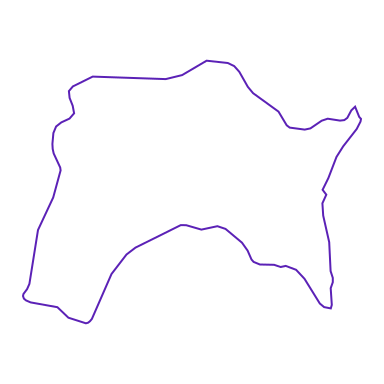 map outline of Medio Campidano (orthographic projection), rotated 180°
{"feature_id": "ITA-5372", "entity_name": "Medio Campidano", "entity_type": "Province", "adm_level": 1, "iso_a3": "ITA", "parent_name": "Italy", "parent_adm1": "", "projection": "orthographic", "projection_center": [8.697, 39.58], "detail": "fine", "context": "isolated", "style": "outline", "palette": "violet", "viewbox_px": 384, "rotation_deg": 180, "n_neighbors": 0, "source": "natural_earth", "source_scale": "10m", "svg_char_len": 1182}
<svg xmlns="http://www.w3.org/2000/svg" viewBox="0 0 384 384"><g transform="rotate(180 192 192)"><path d="M28.9,277.3L24.8,267.1L23.0,265.1L23.5,262.4L27.3,255.0L40.8,237.7L47.5,227.1L55.6,206.0L61.4,194.2L57.7,189.3L61.6,180.7L60.8,168.4L54.8,141.8L53.4,112.9L51.2,106.1L51.2,101.8L53.3,95.8L52.2,79.1L53.2,75.6L59.9,76.9L64.2,80.5L79.5,105.2L87.9,114.2L98.3,118.1L103.4,117.0L109.9,119.2L124.1,119.5L130.4,122.1L132.5,124.5L136.4,133.4L142.0,141.3L158.5,155.1L166.6,157.8L182.6,154.4L197.8,158.8L203.2,158.9L248.5,136.4L257.5,129.5L272.5,110.0L292.1,65.1L294.0,62.8L295.9,61.3L298.1,60.7L315.6,66.3L326.6,76.8L353.4,81.6L358.0,83.6L360.1,85.4L361.0,88.0L360.5,90.1L356.9,94.9L354.6,100.1L346.0,154.0L330.8,186.5L323.4,213.6L323.8,216.5L330.3,230.5L331.3,235.0L331.6,240.0L330.6,251.0L327.9,257.5L322.7,261.6L314.5,265.4L309.9,270.7L311.3,278.2L314.4,286.1L315.1,292.9L311.1,297.6L291.3,307.4L218.3,304.9L201.9,308.9L177.4,323.3L156.2,321.0L149.8,317.9L144.7,312.2L136.2,297.2L130.9,290.8L105.5,272.4L97.3,258.7L94.3,256.4L79.3,254.4L73.6,255.6L62.3,263.3L56.3,265.3L44.0,263.4L39.7,263.9L36.7,266.1L32.7,273.6L28.9,277.3Z" fill="none" stroke="#5b21b6" stroke-width="2"/></g></svg>